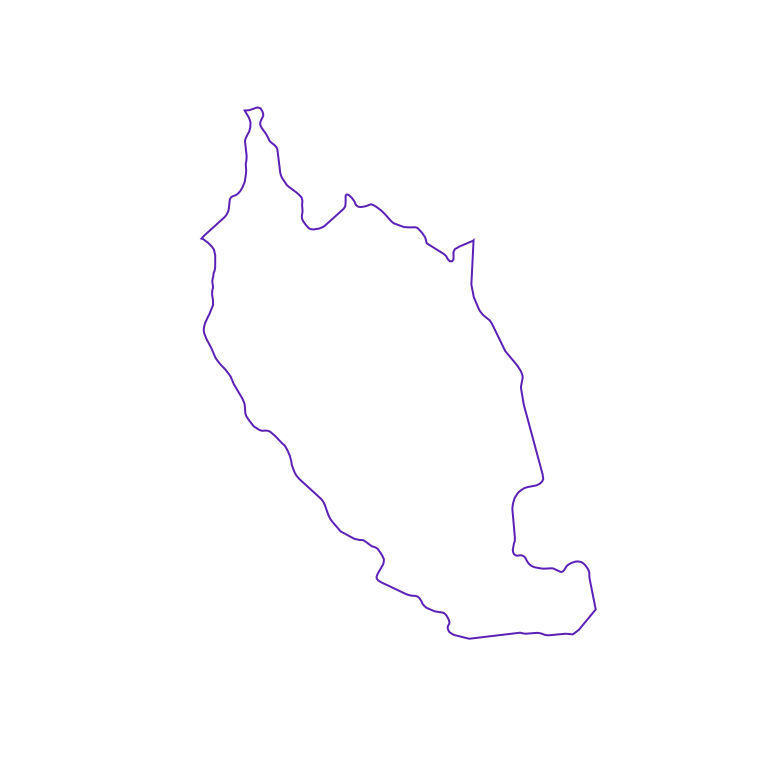 outline of Maha Sarakham, rotated 335°
{"feature_id": "THA-440", "entity_name": "Maha Sarakham", "entity_type": "Province", "adm_level": 1, "iso_a3": "THA", "parent_name": "Thailand", "parent_adm1": "", "projection": "natural_earth1", "projection_center": [103.175, 16.023], "detail": "fine", "context": "isolated", "style": "outline", "palette": "violet", "viewbox_px": 768, "rotation_deg": 335, "n_neighbors": 0, "source": "natural_earth", "source_scale": "10m", "svg_char_len": 4129}
<svg xmlns="http://www.w3.org/2000/svg" viewBox="0 0 768 768"><g transform="rotate(335 384 384)"><path d="M373.3,77.3L378.0,79.0L385.5,79.7L387.2,80.6L388.6,82.2L389.0,86.0L388.6,88.2L387.8,90.0L384.2,92.9L383.1,93.9L382.2,95.0L381.5,96.4L381.3,98.1L381.3,99.9L382.7,107.2L383.0,110.9L383.0,115.0L383.5,116.8L385.6,121.0L386.5,123.3L386.6,125.5L386.2,127.3L379.3,148.5L378.8,151.0L378.7,152.9L378.8,155.0L380.0,162.6L381.1,165.1L385.9,174.0L387.3,177.4L388.1,180.1L387.8,182.1L387.3,183.9L385.6,186.7L383.2,193.0L380.6,197.0L379.9,198.4L379.6,200.1L379.5,202.0L380.4,207.0L381.6,210.9L383.0,212.6L385.3,214.1L390.9,215.7L394.0,215.9L396.5,215.8L421.1,208.3L422.4,207.6L423.7,206.7L424.6,205.6L426.1,202.9L428.3,198.1L429.1,196.8L430.3,196.5L431.7,197.4L433.4,201.4L434.0,204.2L434.4,206.8L434.2,208.8L434.5,210.6L435.5,212.3L437.4,213.7L441.1,214.8L443.6,215.3L447.4,215.5L448.5,215.9L450.0,217.4L451.8,220.0L454.9,225.9L456.2,229.2L459.6,240.2L460.8,242.5L468.4,250.2L473.2,252.8L478.5,255.1L480.2,256.6L481.6,260.5L482.4,263.1L483.3,268.7L482.2,274.6L493.4,291.8L494.4,294.5L494.6,297.7L495.4,300.5L497.7,301.6L499.8,300.2L502.7,293.8L505.1,291.8L510.6,291.3L525.2,291.8L525.9,291.6L505.2,330.8L502.1,343.2L501.6,356.6L501.8,358.6L502.6,362.1L503.1,363.7L506.7,371.0L507.3,374.6L507.8,405.5L512.5,423.1L513.4,429.1L513.4,432.4L513.0,435.1L512.4,436.8L507.1,444.2L506.4,445.8L502.0,461.6L489.6,532.7L488.2,537.4L487.0,538.5L485.8,539.3L484.3,539.8L482.8,540.3L479.2,540.3L470.6,538.1L467.2,537.7L463.6,538.1L460.5,538.9L459.2,539.4L454.1,542.6L450.2,547.1L447.6,551.3L437.6,578.8L436.1,581.7L434.4,583.4L430.6,588.8L429.9,591.3L430.0,593.2L430.7,594.7L431.7,595.6L433.2,596.3L434.7,596.6L436.0,597.3L437.2,598.3L438.1,599.6L438.6,601.2L438.7,603.2L438.8,605.1L439.1,607.0L439.5,608.6L440.2,610.2L441.0,611.5L443.0,613.7L448.0,617.3L450.6,618.8L453.6,620.1L455.1,620.6L458.1,621.9L459.4,622.7L464.3,628.5L465.3,629.3L466.8,629.5L468.1,629.1L471.9,626.7L473.2,626.0L474.9,625.6L478.4,625.4L482.0,625.8L483.7,626.3L485.0,626.9L487.5,628.7L488.6,630.3L489.6,632.6L490.5,636.8L490.7,639.4L490.4,641.2L490.3,641.8L488.3,646.4L480.6,677.8L456.6,689.2L449.3,690.7L443.1,687.1L427.2,681.4L424.5,679.9L423.3,678.9L422.3,677.7L420.4,676.0L417.5,674.2L407.1,670.3L404.8,669.0L403.6,667.9L402.2,666.9L353.6,650.9L341.4,641.0L339.9,639.0L338.4,636.4L338.3,634.5L338.4,632.9L338.8,631.5L339.6,630.5L340.7,629.6L341.8,629.0L342.7,627.3L343.1,624.9L342.8,620.2L342.1,618.0L341.1,616.4L333.7,611.3L328.0,604.9L326.7,602.2L326.0,599.3L326.1,596.9L325.6,593.0L324.8,591.2L323.6,589.9L321.4,588.4L320.2,587.9L318.0,586.4L315.4,584.0L297.7,562.6L295.9,559.8L295.2,557.4L295.6,556.1L296.3,555.0L298.3,553.2L307.0,547.1L308.7,545.0L309.3,543.8L309.9,542.4L309.9,539.8L309.7,536.7L308.6,530.6L307.1,528.5L305.8,527.1L305.0,526.6L304.1,525.4L300.2,518.2L299.6,517.4L298.7,516.5L297.4,515.7L296.0,515.1L291.7,511.8L282.4,499.3L278.7,486.0L278.3,483.5L278.2,479.1L279.3,468.3L279.1,464.7L278.6,462.0L267.1,434.3L265.9,430.0L265.6,426.5L266.2,418.5L266.7,416.8L267.2,415.3L268.3,409.4L268.5,402.7L268.2,399.3L267.7,396.9L266.8,395.3L263.2,384.6L260.6,379.1L259.7,378.0L258.5,377.0L257.1,376.2L253.5,374.8L251.2,372.4L248.0,367.2L246.2,359.2L245.6,355.0L245.9,352.1L249.0,344.0L249.4,341.3L249.5,337.4L247.8,320.3L248.2,312.5L246.4,304.1L243.8,296.3L242.9,292.2L242.3,289.1L242.7,278.7L242.1,267.8L242.5,262.3L243.1,259.7L244.0,257.8L245.7,255.4L247.8,253.0L253.5,248.2L254.7,247.4L262.5,240.1L264.5,235.5L265.9,230.6L267.1,228.0L268.2,226.2L269.2,225.1L270.1,223.8L271.7,218.5L272.5,217.2L275.2,213.6L276.0,212.2L276.9,211.0L278.0,210.2L280.3,206.9L285.4,196.1L286.7,190.3L286.0,186.6L284.3,181.8L281.3,176.2L280.0,175.1L283.5,173.6L309.8,165.5L312.6,164.2L314.8,162.5L316.1,161.3L317.2,159.9L322.0,152.0L323.0,151.0L324.3,150.2L325.9,149.9L329.4,150.2L331.0,150.0L332.6,149.6L335.8,148.1L339.1,145.8L343.4,141.7L347.7,135.2L349.3,132.3L351.8,125.9L352.7,124.8L354.2,122.5L355.9,119.2L360.6,105.3L361.4,104.1L362.3,103.0L367.1,99.2L368.4,98.4L371.4,94.7L373.5,90.7L374.0,87.4L374.1,85.1L373.3,77.3Z" fill="none" stroke="#5b21b6" stroke-width="2"/></g></svg>